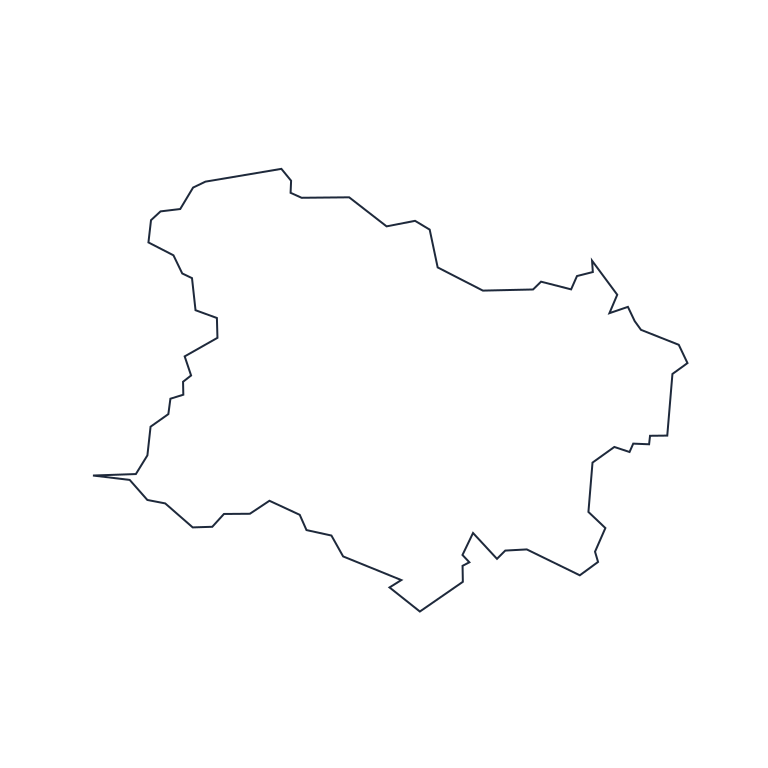 Bosilovo, Bosilovo, North Macedonia, rotated 260°
{"feature_id": "65306769B43786994605209", "entity_name": "Bosilovo", "entity_type": "district", "adm_level": 2, "iso_a3": "MKD", "parent_name": "North Macedonia", "parent_adm1": "Bosilovo", "projection": "orthographic", "projection_center": [22.779, 41.481], "detail": "fine", "context": "isolated", "style": "outline", "palette": "slate", "viewbox_px": 768, "rotation_deg": 260, "n_neighbors": 0, "source": "geoboundaries", "source_scale": "gbopen_adm2", "svg_char_len": 1148}
<svg xmlns="http://www.w3.org/2000/svg" viewBox="0 0 768 768"><g transform="rotate(260 384 384)"><path d="M344.4,81.5L333.7,116.9L310.9,130.8L304.4,147.8L276.0,170.7L273.2,190.1L283.8,203.8L279.5,229.4L288.9,250.9L269.8,278.3L253.6,282.3L243.9,305.9L221.3,313.8L187.9,367.0L182.7,354.1L153.7,379.8L175.5,427.3L191.3,429.8L193.6,437.1L202.0,431.6L221.8,445.8L192.2,464.9L198.9,474.5L196.3,495.9L161.6,543.6L171.6,563.9L182.2,562.7L203.7,577.0L222.5,563.1L270.4,575.7L282.0,599.9L274.4,614.0L282.0,619.1L278.6,634.6L286.8,637.0L284.0,654.0L343.8,669.8L351.9,686.5L371.4,681.1L392.7,646.5L402.4,641.8L417.6,637.6L414.6,618.3L431.4,629.2L469.3,610.3L458.0,609.1L456.8,592.8L444.7,584.7L457.5,556.4L451.2,547.2L458.8,497.6L489.5,457.1L528.1,455.8L539.3,442.9L538.8,413.9L573.9,382.1L581.7,335.2L588.5,325.2L600.3,327.8L613.7,320.3L614.3,243.3L610.6,230.1L591.7,213.7L592.8,193.9L585.8,183.0L564.3,176.6L547.3,199.0L527.9,204.5L521.6,213.3L489.4,211.2L478.0,230.9L458.4,228.0L445.8,192.5L425.9,195.5L421.1,186.5L408.3,184.5L406.6,171.1L391.8,166.4L382.5,146.7L354.8,138.6L338.4,124.0L344.4,81.5Z" fill="none" stroke="#1e293b" stroke-width="2"/></g></svg>